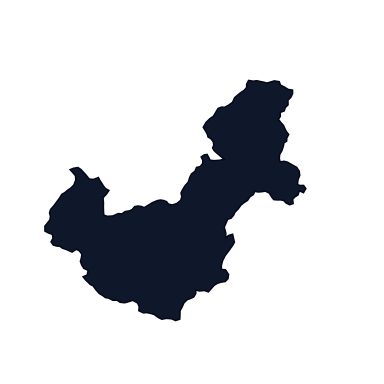 Prados, Minas Gerais, Brazil (orthographic projection), rotated 232°
{"feature_id": "56859067B1815621607737", "entity_name": "Prados", "entity_type": "district", "adm_level": 2, "iso_a3": "BRA", "parent_name": "Brazil", "parent_adm1": "Minas Gerais", "projection": "orthographic", "projection_center": [-44.058, -21.117], "detail": "fine", "context": "isolated", "style": "filled", "palette": "ink", "viewbox_px": 384, "rotation_deg": 232, "n_neighbors": 0, "source": "geoboundaries", "source_scale": "gbopen_adm2", "svg_char_len": 3253}
<svg xmlns="http://www.w3.org/2000/svg" viewBox="0 0 384 384"><g transform="rotate(232 192 192)"><path d="M245.1,305.3L243.3,301.4L240.7,299.3L240.0,295.5L240.3,291.9L240.3,288.1L240.1,283.6L237.7,279.2L237.9,274.4L238.6,270.1L240.9,267.2L241.8,264.0L240.0,259.3L238.5,255.5L238.8,251.2L238.2,245.9L236.1,240.7L231.6,240.2L228.3,239.7L225.4,238.5L222.5,239.7L218.6,239.7L215.6,238.1L214.1,235.4L211.1,234.9L207.9,235.4L202.3,236.6L198.0,237.4L200.1,233.2L203.1,228.7L206.0,225.8L209.0,226.5L212.4,227.0L213.8,224.3L214.0,220.8L210.2,220.0L207.9,217.9L207.0,214.1L208.6,210.7L206.5,207.1L206.6,202.8L205.0,199.4L202.0,194.9L201.3,190.6L199.8,186.4L198.0,182.7L194.6,181.1L192.4,178.0L192.3,172.9L194.0,168.4L197.0,166.0L200.1,166.0L202.8,164.4L205.2,162.1L206.6,159.3L208.0,154.2L208.6,149.0L209.1,144.7L211.9,143.1L214.3,140.7L215.8,137.8L215.0,133.8L215.8,130.8L217.8,127.3L217.9,123.4L220.4,120.6L221.9,114.8L225.0,110.3L228.1,108.3L230.7,110.0L234.3,112.6L238.3,115.8L242.3,118.4L243.0,123.3L244.4,127.5L247.9,126.0L251.1,125.9L254.4,126.3L258.1,126.5L261.0,127.2L262.6,122.1L265.5,119.0L270.9,118.9L274.8,118.6L278.2,118.3L281.5,117.2L283.6,113.4L284.7,109.7L281.1,110.0L276.6,110.2L273.0,107.8L270.3,103.3L269.7,99.0L270.0,94.8L269.8,91.6L270.3,88.0L268.7,83.7L267.6,79.6L266.3,75.0L265.3,69.8L263.3,66.9L259.9,65.4L257.6,63.0L256.6,59.2L255.7,55.1L251.7,52.0L248.1,53.7L244.5,55.9L241.2,54.0L239.5,50.2L235.7,50.0L232.7,52.1L230.7,54.4L227.7,55.2L224.0,57.6L218.5,60.5L218.0,65.7L214.8,67.0L210.7,66.9L208.1,64.1L206.0,61.3L202.5,60.2L198.5,59.7L194.2,61.9L191.1,58.3L192.3,54.0L188.2,54.0L185.0,54.5L181.8,54.9L178.9,56.3L174.3,56.1L169.2,56.4L165.3,57.9L162.2,58.7L159.5,61.1L155.5,62.9L152.8,66.4L149.4,67.4L146.2,70.7L144.4,75.0L143.1,78.6L138.0,80.8L134.2,79.8L131.2,77.0L126.8,79.2L124.7,82.2L122.1,84.4L118.7,86.8L113.8,88.2L110.3,89.9L108.2,94.0L104.7,97.8L100.8,99.9L99.3,104.1L102.6,106.9L105.8,109.5L107.3,113.1L109.5,117.2L110.1,121.7L109.0,125.3L108.2,128.7L109.6,132.3L112.4,134.7L109.3,137.0L106.8,141.1L103.2,143.4L103.9,147.1L104.8,152.1L104.4,156.0L103.0,159.4L101.0,163.1L101.5,166.9L104.4,170.0L110.0,170.5L113.0,167.5L116.2,170.1L119.1,173.9L121.4,178.8L123.2,185.4L124.8,190.9L126.3,194.5L129.9,196.2L133.7,198.0L135.2,194.2L135.3,190.4L138.7,193.3L144.5,195.8L146.8,200.2L148.5,203.3L147.3,206.7L148.1,210.5L149.6,213.3L150.2,218.0L151.5,222.3L151.6,226.1L151.2,230.6L152.6,234.8L152.2,238.7L153.8,241.9L151.4,244.0L149.6,246.6L147.5,250.3L143.7,252.2L138.9,251.7L135.7,251.7L133.5,254.0L131.3,256.9L128.7,259.1L125.6,259.3L121.9,261.0L120.6,264.6L124.3,266.8L124.8,269.9L124.4,273.7L126.9,277.3L122.8,279.4L124.6,283.8L128.5,284.0L130.4,281.4L132.8,279.6L136.5,283.2L138.7,287.1L142.4,289.3L147.0,289.7L151.8,287.6L156.8,285.6L159.5,283.5L161.6,279.9L164.9,281.6L167.6,284.2L169.3,288.4L172.0,292.4L174.1,294.8L173.8,297.9L176.2,300.0L177.8,303.6L181.6,303.6L184.7,304.2L188.2,305.1L191.9,304.8L196.0,304.8L197.2,308.2L200.4,310.5L199.1,314.6L201.1,317.5L201.5,321.3L205.3,324.2L205.7,328.1L207.6,331.9L210.4,334.0L213.7,330.9L218.2,329.3L221.8,327.5L225.2,328.7L228.9,325.3L230.5,321.1L231.8,318.0L234.2,316.3L237.0,313.9L239.9,311.5L241.6,308.5L245.1,305.3Z" fill="#0f172a" stroke="#020617" stroke-width="1.5"/></g></svg>